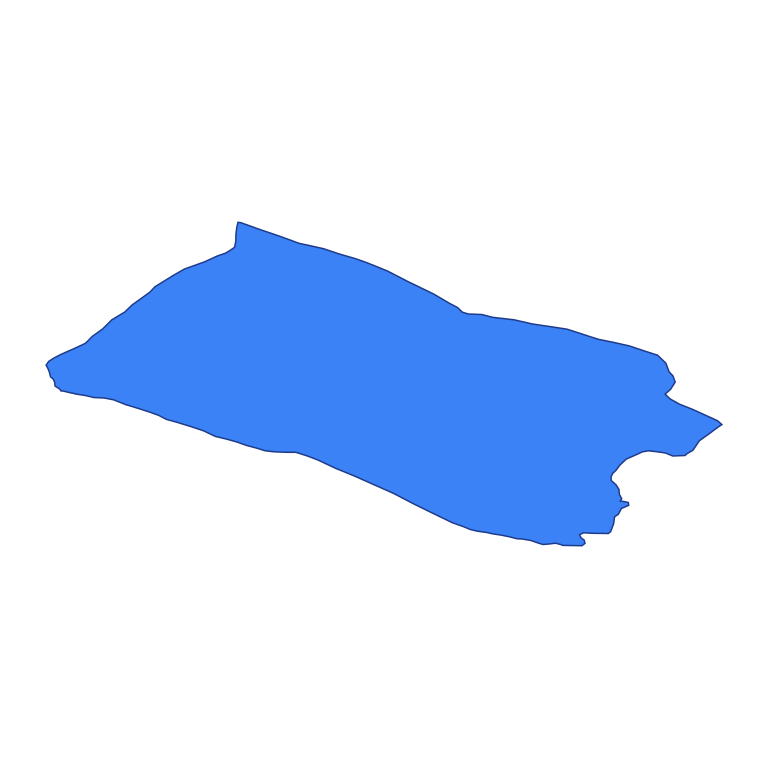 outline of Arjeplog, Norrbotten, Sweden
{"feature_id": "70781695B22534233820232", "entity_name": "Arjeplog", "entity_type": "district", "adm_level": 2, "iso_a3": "SWE", "parent_name": "Sweden", "parent_adm1": "Norrbotten", "projection": "equal_earth", "projection_center": [17.292, 66.388], "detail": "fine", "context": "isolated", "style": "filled", "palette": "blue", "viewbox_px": 768, "rotation_deg": 0, "n_neighbors": 0, "source": "geoboundaries", "source_scale": "gbopen_adm2", "svg_char_len": 2042}
<svg xmlns="http://www.w3.org/2000/svg" viewBox="0 0 768 768"><path d="M721.9,424.6L717.5,420.7L692.4,409.3L679.3,404.1L670.1,398.9L665.1,394.1L670.5,389.4L675.2,382.1L673.0,376.0L669.1,371.8L665.8,363.1L657.6,355.2L644.5,351.0L629.9,346.1L616.9,343.1L598.0,339.2L567.1,329.2L532.0,323.9L514.2,319.8L492.6,317.3L481.8,314.5L468.4,314.0L462.4,312.2L457.6,307.6L448.9,303.0L433.8,294.1L408.0,281.6L387.0,270.8L366.6,262.6L355.3,258.6L338.7,253.8L323.6,248.7L299.0,243.3L280.2,236.4L260.4,229.7L240.6,222.6L238.0,222.3L236.7,227.7L235.9,234.8L235.8,241.2L234.6,247.3L230.2,250.3L225.4,253.2L217.5,255.9L204.4,261.9L184.5,269.0L173.8,275.1L161.5,282.7L154.9,286.8L149.7,292.3L143.3,296.9L132.0,305.0L124.8,312.0L111.7,319.9L102.7,328.9L92.4,336.3L88.3,340.5L85.2,343.4L75.2,348.1L61.8,354.0L54.1,357.9L48.7,361.4L46.1,365.2L47.8,368.2L49.3,372.0L50.5,376.8L53.5,379.4L54.7,382.6L55.1,386.1L59.7,389.0L60.9,390.9L63.5,391.1L69.9,392.7L73.6,393.4L75.6,394.0L85.8,395.6L93.7,397.5L104.1,398.0L113.6,399.8L125.9,404.7L139.8,408.9L149.3,412.0L158.5,415.3L166.4,419.4L175.9,422.0L190.3,426.4L203.0,430.6L215.3,436.4L226.9,439.2L236.5,441.9L246.4,445.4L257.6,448.4L264.8,450.7L274.0,451.8L287.2,452.3L295.9,452.3L307.1,455.9L317.9,460.0L335.5,468.3L353.9,475.8L393.5,493.4L413.5,503.8L430.8,512.3L452.5,522.8L463.3,526.6L470.6,529.6L477.4,531.2L487.4,532.6L491.9,533.7L501.5,535.2L509.5,536.8L517.2,538.8L522.4,539.0L530.9,540.5L538.1,543.0L542.9,544.5L549.0,544.0L555.4,543.2L561.4,544.7L562.5,545.4L581.9,545.7L585.0,543.4L584.2,540.1L581.1,537.8L579.5,534.9L583.3,532.8L592.6,533.3L608.3,533.5L610.6,531.7L613.6,523.8L614.6,516.8L618.4,514.2L621.4,508.4L623.3,507.7L628.7,505.3L628.3,502.5L624.4,501.6L620.2,501.0L621.7,498.7L619.4,494.4L618.9,489.3L616.2,485.0L611.2,480.5L611.1,476.9L612.6,473.5L616.0,470.3L619.8,465.2L626.2,459.1L637.6,454.1L642.2,451.9L648.3,450.8L655.9,451.6L665.5,453.0L672.8,456.0L685.0,455.5L687.3,453.5L693.0,450.2L699.3,440.8L708.8,434.0L718.2,427.0L721.9,424.6Z" fill="#3b82f6" stroke="#1e3a8a" stroke-width="1.5"/></svg>